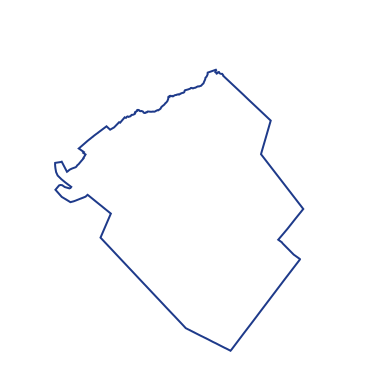 the district of Sobremonte, Córdoba, Argentina, rotated 217°
{"feature_id": "61730980B85685003882590", "entity_name": "Sobremonte", "entity_type": "district", "adm_level": 2, "iso_a3": "ARG", "parent_name": "Argentina", "parent_adm1": "Córdoba", "projection": "orthographic", "projection_center": [-63.921, -29.792], "detail": "fine", "context": "isolated", "style": "outline", "palette": "blue", "viewbox_px": 384, "rotation_deg": 217, "n_neighbors": 0, "source": "geoboundaries", "source_scale": "gbopen_adm2", "svg_char_len": 3855}
<svg xmlns="http://www.w3.org/2000/svg" viewBox="0 0 384 384"><g transform="rotate(217 192 192)"><path d="M65.7,88.4L65.7,88.7L65.6,90.1L65.6,110.6L65.5,125.1L65.5,138.2L65.4,178.7L65.3,191.8L65.2,202.8L65.3,203.3L65.5,203.4L73.1,203.2L88.8,205.5L89.9,205.9L94.4,205.8L93.6,220.0L93.3,233.1L92.9,245.4L159.6,263.7L160.5,265.9L165.5,279.1L172.1,296.4L185.5,297.9L202.0,299.7L208.6,300.5L209.4,300.6L236.2,303.5L237.1,303.6L237.3,304.0L239.0,304.5L239.8,303.9L240.9,303.5L241.1,303.5L241.9,303.6L242.7,304.0L243.2,303.5L243.4,303.0L243.2,302.1L243.6,301.4L244.3,301.8L245.0,301.7L245.5,301.7L245.8,302.4L246.0,303.8L246.5,304.0L251.3,296.8L251.0,296.2L250.3,295.3L250.0,293.9L249.8,292.9L250.0,291.3L249.6,290.6L249.2,289.6L248.9,288.3L248.8,287.7L248.5,286.6L248.2,285.6L248.5,284.3L248.6,283.3L248.6,282.5L248.8,282.2L249.2,281.6L250.0,280.4L250.7,280.1L251.2,279.2L251.6,278.6L251.9,277.5L252.8,276.6L253.6,275.3L254.8,275.0L255.5,274.4L255.5,273.8L256.6,271.9L257.6,270.6L258.4,269.6L258.8,269.1L258.8,268.8L258.8,268.3L258.4,267.6L258.3,266.9L258.6,266.1L259.4,265.3L259.6,264.9L260.2,263.8L260.5,263.6L260.5,263.0L260.7,262.6L261.0,262.0L261.4,262.0L261.8,261.8L262.0,261.3L262.6,260.8L262.9,260.1L263.2,259.8L263.8,259.2L264.3,258.3L264.6,257.2L264.9,256.8L265.2,256.7L265.4,256.9L265.7,256.8L265.8,256.4L266.1,256.2L266.5,255.9L267.2,255.8L267.7,255.2L267.7,254.8L267.4,254.4L267.7,254.3L268.1,253.9L268.1,253.7L267.9,253.3L267.7,253.1L267.4,252.7L267.1,252.1L266.9,251.8L266.8,251.3L266.7,250.9L266.6,250.6L266.4,250.0L266.4,249.7L266.4,248.5L266.4,248.1L266.4,247.8L266.6,247.4L266.7,247.0L266.7,246.6L266.7,246.3L266.7,245.9L266.7,245.5L266.7,245.1L266.8,244.8L267.1,243.5L267.3,243.0L267.4,242.3L267.5,241.7L267.6,241.2L267.5,240.9L267.4,240.2L267.3,239.8L267.3,239.6L267.3,239.4L267.4,239.2L267.5,238.8L267.6,238.4L267.8,237.9L268.1,237.2L268.2,236.8L268.8,236.6L269.0,236.2L269.3,235.7L269.5,235.3L269.7,234.7L269.9,234.3L270.2,233.7L270.3,233.6L270.7,233.3L271.1,233.0L271.6,232.8L271.8,232.5L272.2,232.1L273.0,231.4L275.6,229.8L275.9,229.5L275.9,228.7L276.3,228.1L276.6,228.1L276.7,227.8L277.0,226.9L277.7,226.4L278.5,226.3L279.0,226.6L279.7,226.7L280.5,226.5L281.1,226.3L281.5,225.8L282.0,225.4L282.8,225.2L283.2,225.5L283.8,225.4L284.0,225.4L284.2,225.2L284.4,225.1L284.6,224.9L284.8,224.8L284.8,224.7L285.0,224.6L285.1,224.4L285.0,224.2L284.8,224.0L284.7,223.9L284.6,223.7L284.8,223.3L284.9,223.2L285.0,223.1L285.0,222.9L285.0,222.6L285.1,222.3L285.1,222.2L285.3,222.0L285.4,221.9L285.5,221.7L285.5,221.3L285.5,221.2L285.4,221.1L285.2,221.1L284.9,221.0L284.9,220.9L284.9,220.6L284.9,220.4L284.7,220.2L284.7,219.9L284.8,219.8L284.9,219.6L285.0,219.4L285.0,219.2L285.2,218.9L285.3,218.7L285.8,217.9L286.1,217.7L286.6,217.3L286.7,216.8L286.7,216.4L286.7,215.5L286.9,215.2L287.2,214.9L287.9,213.8L288.2,213.8L288.9,213.6L289.1,213.3L289.2,213.0L289.3,212.8L289.3,212.2L289.3,211.9L289.3,211.6L289.8,211.2L290.7,211.1L291.1,204.1L292.2,203.9L293.1,196.7L294.9,192.5L299.8,193.0L304.0,178.5L306.2,169.9L308.6,158.6L302.3,158.8L302.4,157.8L299.6,157.9L299.5,157.1L299.4,156.1L299.2,153.7L298.9,153.7L298.9,152.8L299.1,149.8L299.3,145.9L299.6,144.7L299.7,144.2L299.6,142.8L299.8,141.8L300.8,140.3L301.9,138.6L303.1,136.3L303.3,135.6L303.7,133.7L304.0,132.9L308.4,135.0L314.3,137.8L314.8,137.0L315.0,136.8L318.8,132.9L318.1,131.8L316.9,130.4L315.4,128.8L312.5,126.1L309.2,124.3L304.0,123.6L299.1,123.4L297.8,123.4L291.5,123.4L291.5,122.0L292.1,121.1L296.6,119.4L299.8,119.3L301.3,118.4L302.1,117.3L302.4,111.6L293.1,109.7L284.2,110.6L283.0,110.7L281.1,113.1L280.6,113.8L274.2,124.2L273.7,126.9L272.3,126.9L243.8,125.9L242.3,119.7L237.6,100.5L182.4,91.0L156.1,86.5L143.9,84.4L134.9,82.9L122.4,80.8L115.0,79.5L98.8,82.4L90.4,84.0L84.9,84.9L82.0,85.5L75.0,86.7L71.7,87.3L70.4,87.6L65.7,88.4Z" fill="none" stroke="#1e3a8a" stroke-width="2"/></g></svg>